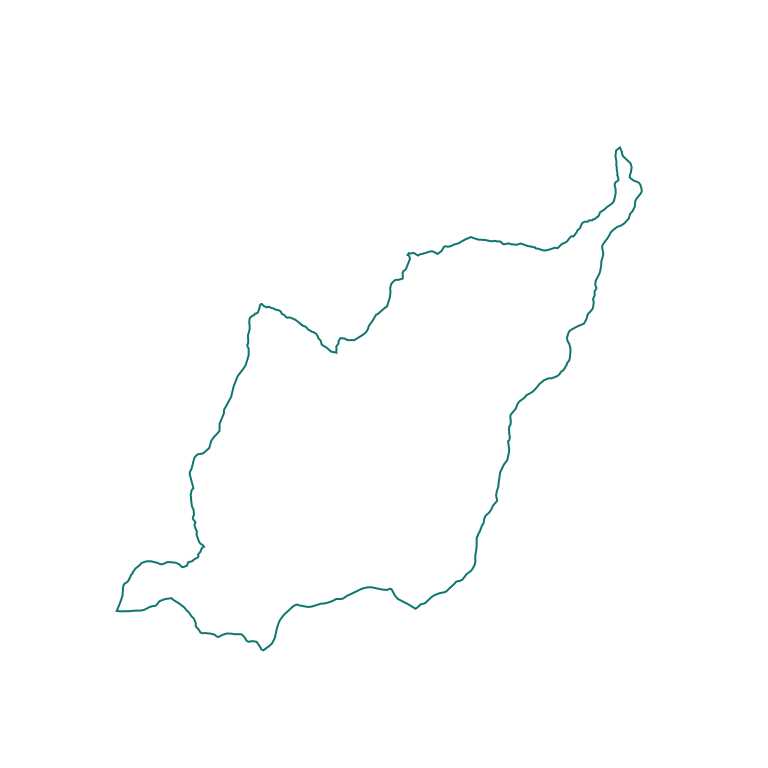 outline of San Andres, Santander, Colombia, rotated 17°
{"feature_id": "7082276B75559195453078", "entity_name": "San Andres", "entity_type": "district", "adm_level": 2, "iso_a3": "COL", "parent_name": "Colombia", "parent_adm1": "Santander", "projection": "albers", "projection_center": [-72.825, 6.82], "detail": "fine", "context": "isolated", "style": "outline", "palette": "teal", "viewbox_px": 768, "rotation_deg": 17, "n_neighbors": 0, "source": "geoboundaries", "source_scale": "gbopen_adm2", "svg_char_len": 6159}
<svg xmlns="http://www.w3.org/2000/svg" viewBox="0 0 768 768"><g transform="rotate(17 384 384)"><path d="M194.8,679.2L198.9,678.3L207.2,675.6L210.4,674.2L218.0,671.6L220.8,670.0L225.0,665.9L227.4,664.2L230.1,663.1L231.2,661.6L232.7,657.5L235.8,654.9L238.8,653.0L243.4,651.0L245.9,652.1L252.5,653.9L258.2,656.0L261.8,658.4L263.5,659.0L268.1,662.6L270.7,663.9L273.9,667.7L274.9,670.8L278.7,673.1L281.1,675.3L283.6,675.4L285.6,674.5L290.7,673.5L295.5,673.2L297.4,674.2L299.2,674.5L300.2,673.9L302.8,671.2L306.7,668.5L311.4,667.3L313.7,667.1L320.1,665.2L321.7,665.3L324.1,666.6L328.1,669.9L330.5,670.0L332.5,668.6L336.0,667.9L337.7,667.9L342.3,671.6L344.4,673.7L346.5,673.9L350.9,668.1L352.9,664.5L353.8,658.4L353.0,648.7L353.1,643.6L353.6,640.0L355.5,634.6L357.5,631.0L361.8,623.6L363.8,621.3L366.0,620.2L368.0,620.5L376.7,619.4L379.9,618.0L388.1,612.4L390.8,611.5L394.4,609.4L398.9,606.0L401.0,603.6L405.8,602.2L407.6,601.1L410.4,597.6L422.8,586.2L426.9,583.6L431.1,582.1L442.2,581.1L447.3,580.0L449.6,578.0L451.1,578.0L456.5,583.3L460.1,585.5L472.1,587.7L479.8,589.7L481.2,588.0L483.7,583.8L486.4,582.4L487.7,581.0L491.8,573.8L494.0,571.2L498.3,567.8L502.3,565.7L504.2,564.2L507.8,557.6L509.4,555.2L510.7,552.2L512.3,550.9L514.2,550.1L516.3,547.9L518.5,541.9L522.1,536.8L523.1,533.2L523.6,530.1L523.2,526.9L521.4,521.2L520.9,516.5L520.1,512.5L517.5,503.5L518.0,502.4L518.1,499.6L518.7,497.2L519.1,490.2L519.9,488.4L519.3,483.7L519.5,480.5L522.1,476.3L523.3,472.6L523.8,468.4L526.4,462.5L523.8,457.9L523.2,453.2L523.4,448.9L522.6,445.6L520.9,434.3L522.3,425.7L524.1,420.9L523.5,413.1L522.9,410.1L519.4,402.5L520.2,401.2L520.1,399.1L519.7,397.2L518.3,395.2L517.5,392.3L516.6,390.6L516.2,387.8L516.7,386.5L516.8,385.1L515.8,381.5L514.5,379.1L514.1,376.3L517.2,369.2L517.5,364.3L518.4,361.3L522.4,356.0L523.4,353.1L526.7,349.9L528.8,347.4L531.2,342.4L532.7,338.4L536.1,333.4L539.7,330.5L542.6,329.6L547.0,326.1L548.0,325.0L549.1,323.0L549.5,320.9L551.4,318.4L552.3,315.8L552.5,313.9L553.1,312.7L553.0,310.2L554.2,307.7L554.1,304.5L552.5,297.2L551.3,294.4L549.4,291.5L546.8,289.0L545.5,286.4L545.4,281.5L545.9,279.2L547.7,276.8L552.3,272.2L557.5,267.9L558.3,264.6L558.7,261.5L558.4,257.9L560.8,252.9L561.6,250.3L560.8,244.7L559.4,242.4L559.1,240.6L559.6,237.4L558.6,235.2L558.3,233.6L559.2,231.0L558.9,229.7L557.1,227.6L556.6,225.5L556.3,223.1L557.6,216.4L557.8,213.8L557.1,207.3L556.0,203.2L555.9,196.9L555.4,194.7L552.8,190.0L552.3,188.1L553.0,185.0L555.2,179.1L556.0,175.8L556.4,173.0L558.2,169.6L560.9,165.8L564.4,163.1L566.6,160.5L569.6,154.5L569.7,149.1L571.1,146.3L572.0,140.9L570.8,135.7L571.2,133.3L573.9,126.4L574.2,124.5L573.4,122.4L570.9,118.5L569.0,117.1L566.4,116.6L564.2,116.6L562.0,116.1L558.6,114.7L558.1,112.5L558.2,109.7L557.5,104.4L555.2,100.8L546.3,96.5L544.5,94.6L543.8,92.8L540.5,88.8L537.7,92.7L538.7,98.4L541.2,103.2L542.3,107.2L543.2,108.5L543.6,110.2L546.0,115.0L546.0,116.3L547.2,117.5L548.3,119.6L548.5,120.9L546.3,123.6L546.2,125.4L547.0,127.6L548.2,129.2L549.8,133.9L550.4,141.3L550.0,143.3L548.4,146.0L545.7,149.3L543.8,152.6L540.4,156.7L540.2,160.0L539.7,161.5L538.7,162.3L537.4,164.6L535.6,165.6L535.3,166.6L534.1,167.1L533.0,167.2L532.3,167.6L531.8,168.9L528.5,170.2L526.7,171.8L525.9,175.2L526.1,176.4L525.7,177.9L524.0,180.7L523.8,182.8L522.1,187.4L520.3,187.8L519.2,189.1L517.4,194.0L516.2,195.5L513.0,198.4L510.4,203.3L507.5,203.8L500.7,208.5L499.3,208.8L498.3,209.6L491.5,209.6L489.2,210.0L488.6,209.2L481.0,210.0L473.6,209.7L470.3,212.0L464.7,213.2L462.2,213.0L458.1,215.2L456.8,215.4L454.1,213.8L452.6,213.9L451.0,214.5L447.9,214.7L445.4,216.1L438.8,216.7L431.6,218.4L424.1,218.1L423.1,218.8L422.2,219.9L420.5,221.0L415.6,225.9L414.9,227.1L409.9,230.4L407.7,232.5L405.8,233.7L404.2,234.2L402.9,234.2L401.2,235.2L400.2,240.0L397.0,244.1L394.2,243.2L391.1,243.0L387.9,244.6L385.8,246.4L380.5,249.5L378.9,251.2L374.7,250.1L373.5,250.1L371.6,251.4L369.6,251.5L368.8,253.7L370.2,253.9L370.8,254.4L372.3,256.8L371.4,267.2L371.0,268.7L369.4,270.6L369.4,272.8L370.2,274.5L371.1,277.7L367.6,280.0L364.4,281.2L363.0,283.2L361.7,286.1L361.8,290.2L363.5,294.9L364.3,299.7L364.2,308.9L362.4,311.2L357.7,318.7L356.1,320.2L354.6,326.8L352.5,333.0L352.6,335.8L351.9,339.4L349.3,343.3L342.6,350.9L339.9,351.5L337.6,352.5L335.0,352.6L333.6,352.0L329.0,352.8L328.0,356.1L328.7,358.5L327.5,361.9L327.6,362.9L328.4,364.3L328.9,367.3L329.3,367.9L324.0,368.5L318.2,365.9L313.4,364.8L312.7,364.3L311.6,362.3L310.5,360.9L307.6,359.3L307.0,358.1L304.9,356.1L301.5,355.0L299.7,355.2L299.0,354.8L295.4,354.1L293.3,352.6L291.8,352.0L289.3,352.1L288.6,351.5L287.5,351.5L286.9,350.8L286.0,350.8L285.4,350.3L279.9,348.3L278.6,348.5L276.7,347.9L274.6,348.0L273.0,348.3L271.9,349.0L270.4,348.4L268.1,347.1L265.7,346.8L264.3,345.0L262.3,344.3L258.3,344.6L256.1,344.0L254.2,344.3L252.0,343.8L251.2,343.9L249.3,345.0L246.6,344.6L245.2,344.1L244.1,343.3L243.2,343.4L242.3,345.3L242.7,347.2L242.5,352.4L241.2,354.0L240.1,354.4L239.6,356.1L237.4,358.2L236.6,359.7L236.4,360.9L237.1,364.6L238.6,367.9L239.6,371.4L239.7,377.4L241.7,382.7L242.2,385.0L241.8,386.6L242.2,387.6L244.2,389.7L246.2,396.2L246.2,406.2L245.0,410.7L241.7,419.4L240.9,430.5L241.6,441.0L238.6,455.6L239.5,458.9L238.4,469.9L240.4,477.1L236.9,484.5L235.4,488.7L235.6,496.3L231.3,503.3L226.6,505.6L225.2,507.5L224.2,510.3L224.7,520.4L224.6,522.4L224.0,524.8L224.7,527.3L232.2,539.3L231.1,541.8L231.7,547.3L232.9,549.2L233.1,550.5L235.9,556.8L238.9,560.3L239.4,562.1L240.5,564.1L240.2,567.7L240.8,568.9L242.3,570.2L244.0,571.1L243.9,573.7L244.2,574.6L246.4,577.9L248.3,579.7L248.5,582.1L249.3,583.7L253.3,589.0L254.8,590.2L257.6,591.0L259.4,592.3L258.7,592.9L257.7,594.6L257.5,598.2L256.0,601.4L257.0,603.1L256.7,604.2L254.0,607.0L252.0,609.9L249.6,611.1L248.9,611.9L248.7,615.2L245.6,617.8L244.4,618.1L240.9,616.3L237.3,615.8L232.7,616.6L229.0,617.6L225.5,620.6L224.1,621.4L222.9,621.6L218.9,621.3L212.7,621.7L208.7,623.0L204.6,626.0L203.3,628.7L200.1,633.4L198.8,637.6L198.8,639.0L197.8,640.8L197.8,642.9L197.1,645.5L197.3,646.3L196.2,648.7L194.7,650.2L193.8,651.7L193.9,655.7L194.7,657.2L195.2,660.7L195.8,662.2L195.6,670.1L194.8,679.2Z" fill="none" stroke="#0f766e" stroke-width="2"/></g></svg>